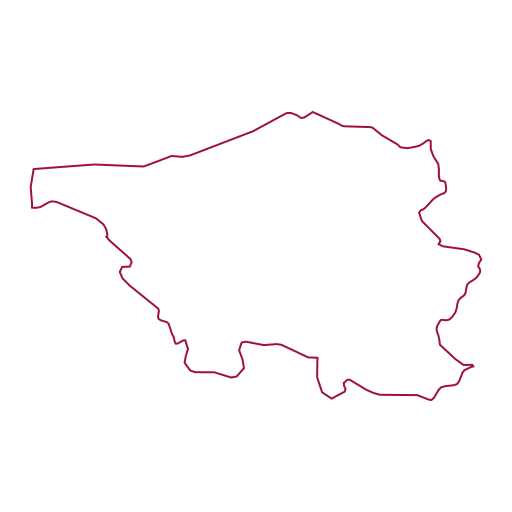 SVG path tracing the border of Saarland
{"feature_id": "DEU-1581", "entity_name": "Saarland", "entity_type": "State", "adm_level": 1, "iso_a3": "DEU", "parent_name": "Germany", "parent_adm1": "", "projection": "natural_earth1", "projection_center": [7.056, 49.367], "detail": "fine", "context": "isolated", "style": "outline", "palette": "rose", "viewbox_px": 512, "rotation_deg": 0, "n_neighbors": 0, "source": "natural_earth", "source_scale": "10m", "svg_char_len": 2502}
<svg xmlns="http://www.w3.org/2000/svg" viewBox="0 0 512 512"><path d="M32.0,207.6L32.0,203.5L30.7,186.9L33.6,169.2L36.9,168.8L94.2,164.5L143.7,166.5L171.5,156.0L181.7,156.8L183.3,156.7L189.8,155.5L253.1,131.2L286.1,113.3L288.5,112.9L291.4,113.1L297.1,115.3L301.0,118.0L304.2,117.5L312.8,112.0L339.2,124.1L341.3,125.5L344.3,126.3L370.4,127.1L372.6,127.7L381.9,135.3L397.8,144.6L399.1,146.1L400.2,147.1L402.9,147.7L407.5,148.2L415.5,146.7L419.5,145.6L423.3,143.4L425.8,141.4L428.3,140.0L429.6,140.4L430.7,141.0L430.8,149.2L433.4,156.2L438.3,164.2L438.9,169.2L438.9,176.5L439.5,179.2L440.4,180.7L442.1,180.9L443.9,181.3L444.7,181.7L445.3,182.8L445.7,184.6L446.2,188.4L445.9,191.1L444.6,192.9L440.2,194.7L436.9,196.5L433.3,199.1L425.0,208.0L422.8,209.6L421.2,209.9L419.1,212.6L421.8,220.9L432.1,231.3L439.5,238.7L440.5,241.1L440.1,241.5L440.0,242.0L439.5,242.6L438.6,244.1L442.8,246.3L464.3,249.3L474.7,252.6L478.9,254.6L481.3,259.5L478.8,263.3L478.6,264.5L478.2,266.4L479.7,268.8L480.2,270.7L479.9,272.6L477.8,275.9L476.2,277.8L474.4,279.3L469.5,282.4L467.5,284.2L466.8,285.9L465.7,291.9L465.0,294.1L463.7,295.7L460.8,297.8L459.6,299.0L458.4,300.5L457.8,302.2L457.3,304.3L456.7,308.3L455.3,312.5L452.4,316.6L451.3,317.8L450.4,318.7L449.6,319.2L448.7,319.7L447.5,320.1L445.6,320.3L444.9,320.2L444.5,320.1L444.1,320.0L443.4,319.9L442.4,319.8L440.9,320.0L440.6,320.2L439.9,321.2L437.3,325.7L436.6,328.2L436.8,330.9L438.3,335.3L439.1,338.4L439.8,343.8L440.1,344.9L455.4,359.1L463.6,365.0L472.2,364.8L473.1,366.1L473.3,366.4L471.5,366.8L464.4,370.2L462.4,372.9L459.3,380.9L457.1,384.0L453.9,385.2L445.0,386.2L441.2,387.3L438.5,390.0L434.0,397.8L431.4,400.0L428.7,399.6L417.2,395.1L380.0,394.8L373.3,392.9L366.5,389.9L350.0,379.9L347.7,379.6L343.8,382.9L344.1,385.9L345.5,388.8L344.8,391.6L331.6,398.6L322.1,392.3L317.1,377.2L317.4,357.8L308.1,357.4L281.2,344.7L276.4,344.1L263.9,345.1L245.9,341.7L241.6,342.6L239.1,350.2L242.4,359.1L244.0,368.2L236.6,376.5L231.1,377.5L214.3,372.3L195.1,372.2L190.1,370.4L184.6,362.7L185.8,356.0L188.0,349.0L185.3,340.3L183.5,340.3L177.7,343.5L175.8,343.7L174.7,341.7L173.8,337.4L173.3,336.2L172.0,333.9L168.6,323.7L166.8,322.1L160.8,320.3L158.5,318.8L158.0,316.6L158.9,311.0L158.3,308.7L129.7,285.6L122.5,278.3L119.8,272.0L122.2,266.9L129.8,266.6L131.7,262.2L130.3,258.9L109.4,240.4L106.4,236.8L107.3,236.5L107.2,233.5L106.1,228.9L103.4,224.4L96.1,218.4L56.7,202.0L51.9,201.3L48.4,202.5L40.2,207.1L35.6,207.9L32.0,207.6Z" fill="none" stroke="#9f1239" stroke-width="2"/></svg>